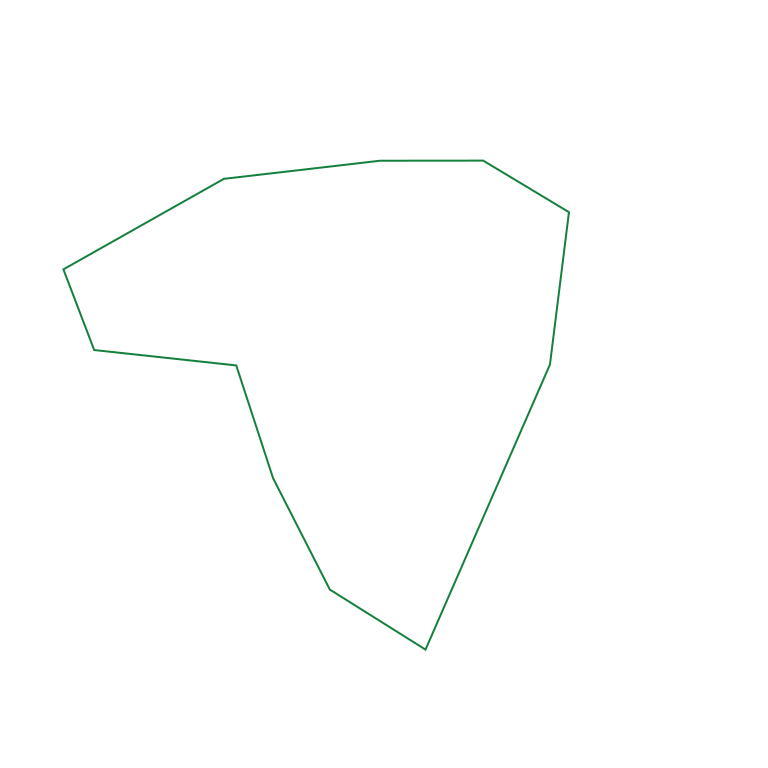 SVG path tracing the border of Saint Mary Cayon, rotated 63°
{"feature_id": "KNA-5106", "entity_name": "Saint Mary Cayon", "entity_type": "Parish", "adm_level": 1, "iso_a3": "KNA", "parent_name": "Saint Kitts and Nevis", "parent_adm1": "", "projection": "natural_earth1", "projection_center": [-62.73, 17.347], "detail": "fine", "context": "isolated", "style": "outline", "palette": "green", "viewbox_px": 768, "rotation_deg": 63, "n_neighbors": 0, "source": "natural_earth", "source_scale": "10m", "svg_char_len": 309}
<svg xmlns="http://www.w3.org/2000/svg" viewBox="0 0 768 768"><g transform="rotate(63 384 384)"><path d="M314.9,141.2L442.0,227.3L639.5,467.6L542.6,525.6L417.6,525.6L300.4,507.2L222.2,626.8L136.3,617.6L128.5,433.5L183.2,286.3L230.0,194.2L314.9,141.2Z" fill="none" stroke="#15803d" stroke-width="2"/></g></svg>